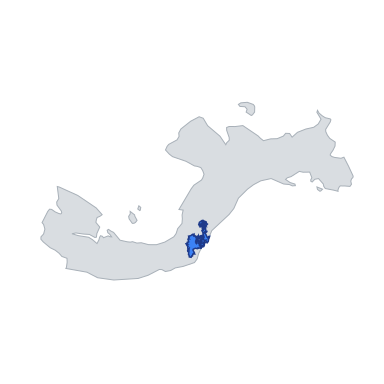 Colón, Colón, Panama (highlighted), rotated 154°
{"feature_id": "35544464B72276923440034", "entity_name": "Colón", "entity_type": "district", "adm_level": 2, "iso_a3": "PAN", "parent_name": "Panama", "parent_adm1": "Colón", "projection": "mercator", "projection_center": [-79.891, 9.223], "detail": "fine", "context": "in_parent", "style": "filled", "palette": "blue", "viewbox_px": 384, "rotation_deg": 154, "n_neighbors": 0, "source": "geoboundaries", "source_scale": "gbopen_adm2", "svg_char_len": 8867}
<svg xmlns="http://www.w3.org/2000/svg" viewBox="0 0 384 384"><g transform="rotate(154 192 192)"><path d="M338.9,178.6L337.9,179.3L335.0,183.6L333.4,187.2L337.2,191.1L338.3,195.2L340.5,199.7L343.9,204.1L347.6,212.4L348.5,215.8L347.4,217.9L343.8,219.3L340.5,223.1L339.6,227.9L340.2,230.2L330.1,237.8L327.6,239.0L325.8,237.9L323.7,234.1L321.1,231.0L319.7,229.9L318.9,229.9L318.1,230.6L317.8,232.3L319.1,239.4L318.0,242.3L314.6,244.5L310.7,256.0L309.1,254.6L296.2,239.0L285.1,219.7L282.7,211.0L285.6,210.5L288.4,210.7L289.9,209.3L291.7,206.8L290.3,200.9L295.7,196.4L297.7,193.3L299.2,193.7L302.8,198.8L308.0,201.8L314.3,206.1L318.2,207.1L313.3,202.6L304.7,196.6L302.3,192.7L300.0,187.3L296.7,189.7L295.1,191.6L293.4,192.8L291.9,191.4L291.6,189.7L286.6,189.3L285.3,187.7L283.9,186.9L284.5,190.2L285.5,192.3L285.0,194.8L283.4,195.0L282.0,192.4L280.2,190.1L277.8,180.2L272.0,175.6L269.4,174.0L267.2,173.4L264.0,170.3L259.8,168.6L254.1,163.7L247.0,160.2L238.4,158.9L228.0,159.7L224.5,161.6L222.1,164.1L221.0,165.3L214.8,168.1L212.4,172.2L211.0,175.7L207.9,179.6L211.4,182.0L191.2,195.3L187.3,197.3L178.2,198.6L176.1,200.0L173.4,202.7L173.0,206.7L173.4,210.1L176.0,212.7L178.4,214.4L184.0,222.3L194.0,232.3L195.8,236.0L197.4,241.4L194.4,243.9L192.1,245.0L182.6,245.4L179.3,247.6L178.0,250.9L174.4,253.5L162.2,256.2L152.6,256.5L149.6,253.4L148.9,244.8L142.4,229.9L140.9,219.7L139.3,221.0L135.8,222.2L134.7,224.7L133.8,232.2L132.6,234.8L129.9,234.6L124.5,231.9L117.2,229.4L108.0,213.4L107.0,210.4L105.3,206.8L98.1,205.3L92.1,202.6L85.4,202.2L82.1,203.7L78.6,201.8L78.0,197.4L71.0,199.4L62.1,198.7L54.2,196.8L48.7,197.8L44.1,200.9L44.8,208.9L43.4,210.4L43.2,207.2L41.6,203.5L39.7,200.4L35.7,197.1L35.5,196.0L37.1,194.3L44.4,189.7L45.3,187.7L45.4,183.7L44.7,179.8L41.4,174.1L43.3,170.6L47.0,167.7L50.9,165.5L51.6,164.6L50.8,162.6L48.6,160.5L43.3,157.0L40.2,156.7L40.0,146.5L40.2,135.6L41.0,134.5L42.9,133.8L44.5,132.2L45.3,129.0L47.6,127.8L51.8,130.3L56.1,132.5L57.8,131.8L59.1,130.7L60.1,129.6L60.4,128.6L63.8,131.5L70.7,136.7L71.1,139.2L70.5,141.7L72.4,148.6L76.0,149.6L79.6,148.3L80.5,149.6L79.9,150.9L78.0,152.3L77.5,158.3L83.5,161.1L86.5,163.5L96.3,162.4L100.0,163.0L102.4,162.3L99.7,157.5L96.0,154.0L96.3,152.4L99.1,153.5L101.2,156.0L106.1,159.0L115.0,169.4L125.3,171.9L133.4,171.6L140.9,170.2L153.0,166.1L161.7,158.8L168.6,155.5L191.2,148.6L199.2,141.3L202.6,140.4L205.8,139.4L212.9,133.9L216.7,129.6L220.7,127.5L232.6,129.0L240.3,131.1L245.6,130.8L250.8,132.2L253.0,135.4L255.3,136.7L267.9,136.4L278.3,137.9L300.9,147.2L314.4,156.3L321.6,166.0L338.9,178.6ZM111.9,250.4L109.0,250.7L103.0,248.4L98.6,243.9L98.2,242.4L98.3,241.0L100.7,236.4L103.9,234.8L105.2,234.8L108.3,240.1L106.2,242.2L107.0,245.4L111.4,247.9L111.9,250.4ZM257.1,199.4L256.1,201.7L253.6,196.6L254.0,195.3L253.8,190.6L256.2,189.4L257.9,189.3L259.4,190.0L260.3,195.4L259.6,197.9L257.1,199.4ZM78.1,139.3L77.5,141.8L73.4,137.3L75.8,136.5L76.7,136.6L78.1,139.3ZM248.2,200.5L245.8,202.9L244.8,200.6L246.5,198.3L247.1,198.2L248.2,200.5Z" fill="#d9dde1" stroke="#a8b0b8" stroke-width="1"/><path d="M208.5,137.4L207.8,138.1L208.3,138.6L208.7,140.5L208.2,140.5L207.7,138.5L206.9,139.8L206.8,138.8L206.4,138.8L206.6,139.4L206.3,139.4L205.1,138.0L204.2,138.7L204.4,138.6L204.7,139.1L204.7,139.4L204.4,138.9L203.6,139.2L204.4,139.3L203.9,139.6L204.4,140.7L203.9,141.3L204.3,141.4L204.1,141.5L203.6,141.1L203.6,140.1L202.5,140.7L203.0,140.8L203.4,141.5L203.1,141.8L203.2,141.3L203.0,141.0L202.5,142.0L202.1,145.4L203.5,145.7L204.5,144.8L204.2,144.6L204.9,144.5L204.5,144.2L205.1,143.9L204.8,143.0L205.3,142.7L205.2,143.2L205.5,143.4L206.2,141.9L206.7,142.0L206.3,142.5L206.7,142.4L207.0,141.5L207.4,141.2L207.4,141.4L207.7,141.3L207.7,141.5L207.1,141.6L207.1,141.8L207.6,141.5L207.4,142.1L207.9,142.3L207.8,141.6L208.3,141.6L207.9,142.5L208.5,142.4L208.6,142.7L207.8,142.7L207.5,143.2L207.8,143.2L207.9,143.5L207.3,143.7L207.4,144.4L207.5,143.9L207.9,144.1L207.3,144.5L207.6,144.9L207.8,144.6L208.2,145.0L207.6,145.0L208.0,145.6L207.5,145.5L207.8,145.9L208.1,145.6L207.9,146.3L210.3,145.0L209.7,145.4L210.1,145.5L210.3,145.4L210.6,145.3L210.6,145.1L210.5,144.9L210.6,145.2L210.6,145.3L210.2,145.4L210.6,145.2L210.2,144.6L210.2,144.0L210.6,143.7L210.7,143.9L210.9,143.6L211.2,143.5L210.7,143.9L210.6,143.7L210.2,144.2L210.6,145.1L210.8,144.9L211.2,145.0L211.0,144.9L210.5,145.4L210.0,145.5L209.7,145.4L209.5,145.5L210.2,146.3L209.7,146.8L209.5,146.2L209.2,146.6L208.6,146.2L208.5,147.5L207.6,146.1L207.5,147.3L206.8,147.6L205.8,146.4L205.7,147.4L204.8,147.0L205.0,148.8L206.0,148.6L206.2,147.9L205.6,147.6L206.3,147.2L206.6,148.0L207.1,147.8L207.5,148.5L205.8,149.1L205.5,149.9L206.3,149.3L206.3,149.8L207.6,149.4L208.1,148.7L208.3,149.4L207.8,149.3L206.9,150.3L208.4,149.7L208.5,150.7L209.2,151.1L208.5,150.8L208.4,151.3L209.3,151.6L208.9,152.5L209.8,152.0L209.9,152.8L209.6,152.3L209.6,153.3L209.7,152.9L210.3,153.7L212.2,153.3L214.4,153.8L214.4,152.7L214.8,152.8L215.5,151.7L215.2,151.1L216.0,151.4L215.6,151.8L216.3,151.3L216.8,148.7L218.4,148.9L218.8,148.3L218.3,148.0L219.0,147.4L220.0,148.0L220.0,147.1L219.3,146.6L219.8,146.6L220.1,145.8L219.5,146.4L218.8,146.3L219.4,146.1L219.4,145.4L219.8,145.7L219.9,144.4L220.5,143.4L220.4,142.0L219.9,142.1L220.1,141.9L219.8,142.1L219.6,142.2L220.0,141.5L220.0,141.8L220.4,141.8L220.7,142.4L221.7,141.1L221.8,140.3L221.1,139.8L222.6,137.2L222.3,136.5L222.9,134.8L221.4,133.7L220.3,134.7L219.6,134.3L218.6,135.8L216.8,135.2L217.2,136.2L216.5,136.4L216.6,139.3L216.1,140.0L213.7,140.0L212.0,138.7L211.0,139.2L210.8,138.5L209.8,138.4L208.5,137.4ZM192.4,159.0L195.0,161.9L195.7,162.0L198.7,161.5L198.9,160.7L200.1,160.1L200.1,158.8L199.7,159.6L199.4,158.8L200.2,158.4L200.0,157.8L199.3,158.6L199.5,157.4L198.7,157.5L199.2,159.0L198.8,158.9L199.1,159.6L198.7,159.7L198.4,157.4L198.2,158.0L197.9,157.8L198.1,158.2L197.9,158.3L198.0,158.5L198.1,158.9L197.9,159.0L197.8,156.9L197.7,156.8L197.8,157.0L197.7,157.5L197.6,156.5L196.8,156.8L197.6,156.2L197.3,155.6L198.2,155.7L198.4,155.3L197.0,155.4L197.4,155.9L196.7,156.6L196.5,156.3L196.3,156.9L196.4,156.2L196.9,156.0L196.4,155.7L195.9,156.5L196.8,157.8L197.1,157.4L197.5,159.4L197.1,158.9L196.9,159.4L196.6,159.2L197.2,158.3L195.8,157.4L196.5,159.0L195.7,159.1L196.0,159.8L195.9,160.7L195.7,160.9L195.9,161.1L195.8,161.3L195.1,161.4L195.3,161.1L195.7,161.3L195.8,161.1L195.6,161.1L195.7,160.9L195.9,160.7L195.5,160.0L195.9,159.8L195.4,159.1L195.6,159.1L195.9,158.4L195.7,158.4L195.4,158.9L195.3,159.0L195.5,158.3L195.2,158.5L195.3,157.8L194.9,157.6L195.0,158.5L194.5,158.7L194.3,158.2L193.8,158.6L194.0,159.0L193.9,159.4L193.7,158.8L193.2,159.0L193.7,158.6L193.7,158.3L193.0,158.0L193.8,158.3L194.0,158.1L193.9,158.1L193.5,157.7L195.0,157.0L194.1,156.6L195.2,156.9L194.8,156.7L194.8,156.4L195.4,157.0L195.6,156.9L194.9,155.9L195.5,156.2L195.1,155.4L195.7,155.8L195.6,155.2L196.0,155.5L195.5,155.1L196.0,155.1L195.6,154.5L195.7,154.3L196.2,154.7L197.1,153.8L197.5,154.5L197.4,153.9L197.6,154.1L197.5,153.7L197.0,153.7L197.6,153.3L198.0,154.1L198.5,153.9L198.2,153.5L198.8,153.9L198.4,153.3L198.9,153.6L198.9,152.7L199.3,152.8L199.1,153.4L200.0,153.0L200.0,150.4L200.5,149.6L200.1,149.3L201.3,147.4L200.7,147.1L201.1,145.9L202.1,145.4L202.3,143.7L202.2,143.1L200.5,142.6L201.0,142.2L200.7,139.7L199.1,140.4L197.8,142.2L198.0,142.5L198.0,142.9L196.9,143.0L195.6,144.4L196.6,144.7L197.3,144.1L198.2,144.7L198.1,148.4L198.7,150.5L197.5,150.8L197.4,149.7L196.5,149.6L195.9,150.1L196.7,150.7L195.1,155.2L192.2,156.4L192.7,157.4L192.4,159.0ZM207.0,144.1L205.6,143.5L205.7,144.2L205.4,144.4L205.9,144.0L206.2,144.1L205.4,144.8L206.2,144.8L207.0,144.1ZM206.8,142.6L205.9,142.7L205.7,143.3L206.8,143.2L206.8,142.6ZM209.1,152.7L208.7,153.2L209.4,153.5L209.6,153.2L209.1,152.7ZM206.5,138.0L206.3,138.7L206.9,138.7L207.0,138.4L206.5,138.0ZM198.3,156.2L197.6,156.7L197.9,157.0L198.3,156.2ZM203.6,147.0L203.0,147.0L203.1,147.4L203.6,147.0ZM204.0,147.4L203.5,147.4L203.7,147.8L204.0,147.4ZM207.3,142.4L206.9,142.4L207.0,142.8L207.3,142.4ZM202.9,148.2L202.6,148.3L203.0,148.3L202.9,148.2ZM202.9,147.5L202.5,147.4L202.7,147.6L202.9,147.5ZM198.6,157.3L198.5,156.7L198.3,157.3L198.6,157.3ZM201.9,146.0L201.7,146.3L201.9,146.6L202.0,146.5L201.9,146.0ZM200.0,157.1L199.7,157.0L199.8,157.5L200.0,157.1ZM205.3,144.7L205.1,144.6L205.2,144.9L205.3,144.7ZM205.7,146.0L205.4,145.9L205.4,146.0L205.7,146.0ZM207.2,142.2L207.2,141.9L206.9,142.1L207.2,142.2ZM201.4,147.1L201.3,146.9L201.2,147.1L201.4,147.1ZM202.9,147.2L202.6,147.1L202.8,147.2L202.9,147.2ZM202.7,148.5L202.4,148.6L202.8,148.7L202.7,148.5ZM205.5,144.2L205.2,144.1L205.3,144.4L205.5,144.2ZM203.4,148.7L203.5,148.4L203.4,148.5L203.4,148.7ZM205.1,144.9L204.9,144.9L205.1,144.9L205.1,144.9ZM206.3,139.1L206.3,138.8L206.2,138.9L206.3,139.1ZM203.9,148.5L203.7,148.6L203.9,148.6L203.9,148.5ZM206.4,139.2L206.5,139.3L206.4,139.2L206.4,139.2Z" fill="#3b82f6" stroke="#1e3a8a" stroke-width="1.5"/></g></svg>